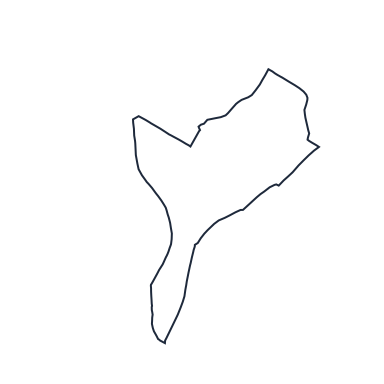 Chraoy Chongvar, Phnom Penh, Cambodia (Albers equal-area conic projection), rotated 30°
{"feature_id": "14789045B54201472344592", "entity_name": "Chraoy Chongvar", "entity_type": "district", "adm_level": 2, "iso_a3": "KHM", "parent_name": "Cambodia", "parent_adm1": "Phnom Penh", "projection": "albers", "projection_center": [104.923, 11.649], "detail": "fine", "context": "isolated", "style": "outline", "palette": "slate", "viewbox_px": 384, "rotation_deg": 30, "n_neighbors": 0, "source": "geoboundaries", "source_scale": "gbopen_adm2", "svg_char_len": 2298}
<svg xmlns="http://www.w3.org/2000/svg" viewBox="0 0 384 384"><g transform="rotate(30 192 192)"><path d="M279.4,89.5L276.0,89.3L271.4,89.3L267.8,89.2L265.9,88.9L265.2,86.9L264.2,82.7L261.8,80.4L259.5,77.9L256.8,75.0L253.1,71.0L250.8,68.1L248.3,64.7L247.2,59.3L245.9,54.7L244.9,52.7L242.3,50.6L238.4,49.2L233.1,48.4L227.6,48.1L220.3,48.0L213.6,47.8L207.9,47.9L204.7,47.8L201.3,47.4L196.8,47.5L197.0,54.3L196.9,59.8L197.0,65.0L196.2,72.2L195.3,78.2L193.3,81.9L188.9,87.4L187.1,91.1L186.1,93.7L184.9,99.7L183.7,105.8L182.8,108.8L179.5,112.8L175.0,116.7L169.2,121.8L168.2,126.9L166.1,129.2L165.0,132.1L165.9,132.9L168.0,134.4L167.7,135.7L167.9,153.4L165.9,153.2L162.7,153.3L158.5,153.2L154.4,153.2L144.5,153.5L143.6,153.6L133.1,153.0L128.2,153.0L121.9,153.0L120.9,152.9L116.5,152.8L115.5,152.8L107.9,153.0L104.6,158.6L106.4,161.4L110.1,166.3L113.7,172.0L117.2,176.3L118.6,178.3L120.6,181.4L122.4,184.2L124.9,188.1L128.3,192.1L130.5,194.7L134.4,199.0L140.2,202.5L145.1,204.7L147.9,206.0L150.3,206.7L155.4,208.5L159.4,210.3L161.7,211.3L164.8,212.5L169.7,214.7L173.9,216.9L177.1,218.7L179.2,220.6L182.1,223.5L184.7,225.8L188.5,229.7L191.7,233.7L195.3,238.0L198.0,243.1L199.9,247.6L200.2,249.0L200.6,251.5L201.4,255.2L201.8,257.8L202.0,260.2L202.0,261.3L202.2,263.4L202.5,266.1L202.8,269.3L202.5,276.0L202.6,277.8L202.7,279.9L202.8,284.4L202.9,289.5L202.9,291.8L202.8,292.7L203.2,293.7L204.6,295.7L206.5,298.9L208.8,302.5L211.0,305.8L213.0,308.9L214.4,310.7L214.6,311.7L216.2,314.3L217.7,316.0L219.3,318.0L219.6,318.9L220.4,320.8L221.9,323.6L223.2,326.2L224.1,327.2L226.0,329.3L228.7,331.7L231.3,333.2L233.3,334.4L236.2,336.3L237.5,336.3L238.6,336.6L241.0,336.5L244.1,336.4L243.0,334.1L242.9,331.3L241.6,313.3L241.0,305.3L239.9,297.6L238.9,291.7L237.6,286.1L235.1,279.9L234.0,276.8L233.7,275.9L232.2,272.1L230.4,266.8L229.3,263.6L227.0,256.5L226.4,254.3L224.6,248.7L223.1,243.5L222.4,241.3L221.7,237.9L220.9,236.3L222.5,233.3L222.7,227.7L223.5,221.9L224.6,217.2L227.1,208.6L229.4,203.2L233.3,198.0L236.2,193.6L239.8,187.8L243.0,183.3L245.1,182.0L250.7,164.2L252.4,159.5L254.3,155.5L256.9,149.1L259.9,144.6L261.2,143.3L263.9,143.1L264.4,141.1L265.6,136.1L267.5,130.4L269.3,124.5L271.0,115.7L272.8,108.8L274.7,102.0L277.0,95.1L279.0,90.5L279.4,89.5Z" fill="none" stroke="#1e293b" stroke-width="2"/></g></svg>